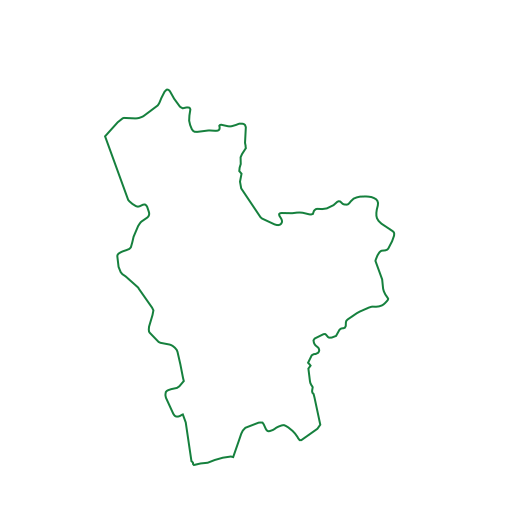 the Region of Samarkand, rotated 68°
{"feature_id": "UZB-358", "entity_name": "Samarkand", "entity_type": "Region", "adm_level": 1, "iso_a3": "UZB", "parent_name": "Uzbekistan", "parent_adm1": "", "projection": "albers", "projection_center": [66.398, 39.959], "detail": "fine", "context": "isolated", "style": "outline", "palette": "green", "viewbox_px": 512, "rotation_deg": 68, "n_neighbors": 0, "source": "natural_earth", "source_scale": "10m", "svg_char_len": 4241}
<svg xmlns="http://www.w3.org/2000/svg" viewBox="0 0 512 512"><g transform="rotate(68 256 256)"><path d="M433.9,352.5L432.5,354.4L430.6,362.3L429.7,370.6L429.6,378.2L427.6,385.1L426.5,391.9L425.5,392.3L424.0,391.9L422.3,392.5L422.0,392.7L384.0,383.5L375.5,383.2L375.5,384.2L375.8,386.2L375.8,387.3L375.7,388.3L375.3,389.4L374.8,390.3L374.0,391.0L373.1,391.4L371.2,391.8L353.7,392.6L351.4,392.2L350.2,391.7L349.2,391.1L348.3,390.5L347.7,389.2L347.5,387.6L347.7,384.4L348.7,378.7L348.1,375.9L344.9,369.8L341.5,369.3L328.0,366.7L315.5,364.7L313.4,364.7L310.6,365.6L308.1,367.0L306.8,368.1L305.8,369.2L300.7,377.1L299.2,378.5L287.3,383.3L286.0,383.5L283.9,382.9L281.4,381.6L272.0,374.1L268.0,371.5L265.0,371.7L242.1,377.0L241.3,377.0L226.1,384.5L222.8,386.7L220.3,387.5L214.6,387.5L204.0,384.6L203.0,383.8L202.3,382.5L201.9,380.2L201.8,378.6L201.8,377.3L202.0,374.0L202.0,370.9L201.5,369.6L201.0,368.7L197.0,365.6L192.3,362.3L184.1,354.1L182.4,351.7L181.5,350.2L181.1,349.0L179.6,342.3L179.2,341.4L178.7,340.6L178.0,339.9L177.2,339.4L176.2,339.0L174.7,338.8L169.7,338.5L168.0,338.8L166.6,339.7L166.3,340.7L166.1,341.8L166.3,345.0L166.2,346.0L166.0,347.0L165.4,347.9L164.7,348.7L161.4,351.1L157.9,352.9L156.1,353.5L88.5,351.1L80.2,334.1L78.4,328.0L78.5,326.7L83.3,316.2L83.8,314.6L84.2,312.7L84.3,309.7L84.2,308.1L79.6,290.7L78.3,288.8L77.1,287.5L74.1,284.6L69.4,279.2L68.3,276.6L68.6,275.6L69.3,274.9L70.3,274.3L71.7,274.0L79.5,273.0L89.0,270.6L90.2,269.8L91.6,268.6L92.2,265.0L92.6,263.8L93.4,262.4L94.4,261.9L95.6,262.0L100.8,265.1L105.5,267.3L109.9,268.0L114.4,268.0L116.5,267.4L117.8,266.4L118.9,264.0L121.7,253.4L122.1,252.2L124.7,246.8L125.3,245.1L125.4,244.0L125.2,243.1L124.6,242.3L123.7,241.8L122.7,241.4L121.6,241.3L121.1,240.5L121.2,239.2L125.3,233.2L125.8,232.2L126.1,231.5L126.4,230.6L126.6,229.5L127.0,225.4L127.0,222.9L127.1,221.8L127.6,220.5L128.5,218.6L129.5,217.6L130.5,217.1L132.8,217.2L147.0,223.8L150.1,224.4L150.7,224.7L152.2,225.0L156.2,230.7L158.7,233.3L165.0,235.7L168.0,238.1L171.0,239.7L174.3,238.6L181.1,243.0L187.8,244.4L221.7,237.3L223.5,236.4L233.6,227.0L235.0,225.2L235.8,223.5L235.9,221.9L235.5,220.6L234.5,219.4L233.4,218.8L231.9,218.6L230.5,218.7L227.6,219.2L226.4,219.1L225.7,218.7L225.4,217.6L225.8,216.0L229.9,206.4L231.1,201.8L232.1,199.1L233.4,196.5L237.4,190.9L238.1,189.5L238.3,187.5L235.9,185.4L235.4,184.4L235.0,182.9L235.2,181.6L237.3,177.0L238.4,172.5L237.9,165.1L236.2,160.3L236.2,158.8L237.0,157.5L240.1,156.1L241.2,155.0L242.4,152.6L242.5,151.1L241.8,149.4L240.8,147.6L239.4,144.0L239.4,140.7L239.9,137.4L241.9,131.9L243.2,129.3L244.6,126.9L246.5,124.9L248.4,123.4L250.4,122.8L252.6,123.0L254.9,124.2L258.2,126.6L261.0,128.2L263.8,129.3L266.3,129.7L269.4,129.2L273.0,127.6L284.3,119.9L285.8,119.3L287.1,119.5L288.9,120.4L293.3,124.3L298.6,130.5L299.0,131.3L299.3,132.2L299.2,134.1L298.2,137.4L298.2,138.3L298.4,139.0L298.7,139.9L299.3,140.9L301.0,143.2L304.1,146.2L305.3,147.1L325.0,147.8L331.5,149.7L334.0,150.4L336.6,150.7L340.1,150.5L344.2,149.6L345.2,149.5L346.0,150.1L346.8,151.4L348.0,154.0L348.7,156.0L349.0,157.9L348.8,160.8L348.0,163.8L346.6,166.9L346.3,168.1L346.2,169.4L346.1,170.8L346.4,180.5L346.8,183.9L349.1,194.5L349.5,195.6L350.0,196.6L351.2,197.5L354.5,199.0L355.2,199.8L355.8,200.6L355.7,202.1L355.3,203.3L355.2,204.8L355.8,206.4L360.1,211.7L360.0,216.4L359.3,218.3L358.9,219.0L358.1,219.6L355.1,220.6L354.3,221.1L353.9,222.1L353.8,223.2L354.5,232.4L355.1,233.4L355.8,234.3L357.6,234.7L358.9,234.8L360.2,234.6L361.2,234.3L364.2,232.7L364.9,232.5L365.9,232.5L367.1,232.7L368.2,233.5L369.0,234.7L369.2,237.5L368.7,238.9L368.8,240.6L369.0,241.6L374.5,247.7L376.6,246.9L377.3,246.7L378.1,246.5L380.0,249.6L392.4,252.9L394.2,253.2L396.7,253.0L397.8,252.7L398.9,252.6L401.5,254.2L402.6,254.7L404.0,254.9L405.5,254.3L409.2,254.8L436.5,259.6L439.2,263.8L443.7,282.9L443.1,284.5L440.7,285.2L439.5,285.3L435.3,286.3L431.9,287.6L427.0,290.3L424.6,292.1L423.3,293.4L423.0,294.3L422.7,295.7L422.6,298.7L422.7,300.5L422.9,302.0L423.2,303.0L423.6,305.1L423.6,306.3L423.5,308.7L423.2,310.0L422.5,310.9L421.1,311.5L419.8,311.7L415.0,311.9L412.9,312.4L412.0,314.4L411.5,316.0L411.3,330.2L412.9,333.6L415.2,336.2L421.9,342.0L433.9,352.5Z" fill="none" stroke="#15803d" stroke-width="2"/></g></svg>